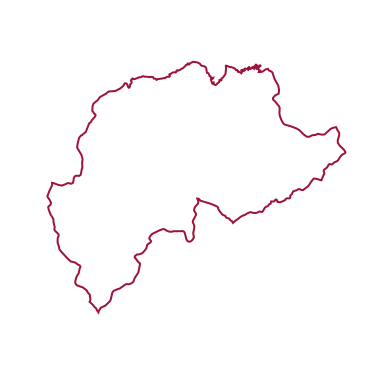 outline of Raman, Yala, Thailand, rotated 14°
{"feature_id": "78962969B66156572835957", "entity_name": "Raman", "entity_type": "district", "adm_level": 2, "iso_a3": "THA", "parent_name": "Thailand", "parent_adm1": "Yala", "projection": "robinson", "projection_center": [101.443, 6.471], "detail": "fine", "context": "isolated", "style": "outline", "palette": "rose", "viewbox_px": 384, "rotation_deg": 14, "n_neighbors": 0, "source": "geoboundaries", "source_scale": "gbopen_adm2", "svg_char_len": 5888}
<svg xmlns="http://www.w3.org/2000/svg" viewBox="0 0 384 384"><g transform="rotate(14 192 192)"><path d="M316.2,94.2L314.4,95.0L312.5,96.2L311.2,97.3L306.8,103.9L305.5,104.6L303.5,105.0L299.9,105.1L298.0,106.8L295.0,107.8L292.6,109.9L291.2,110.4L289.8,110.5L286.5,109.2L281.3,106.0L277.7,105.0L271.3,104.3L265.7,104.1L264.3,103.6L261.6,100.9L259.0,97.2L258.2,95.6L257.7,93.9L256.7,89.2L255.9,88.0L251.0,84.2L248.7,82.9L248.2,82.5L247.9,81.7L247.9,81.0L248.5,79.6L249.5,78.0L252.3,75.7L252.0,73.1L251.6,71.5L249.9,67.8L245.0,62.7L241.2,56.7L239.9,55.9L237.1,55.4L235.8,54.1L233.7,55.3L231.4,58.1L229.4,59.0L227.7,59.4L227.8,58.6L228.5,57.6L226.8,57.1L226.5,56.1L226.7,54.7L228.0,53.1L227.9,52.8L227.3,52.6L226.7,53.1L226.5,54.1L225.5,55.8L224.6,53.7L223.8,53.0L223.2,53.1L223.6,54.2L224.5,55.0L224.3,56.5L223.6,55.9L223.0,54.6L222.6,54.4L222.2,55.1L222.5,56.2L222.4,57.0L221.6,56.1L221.0,55.8L220.7,56.4L220.8,57.1L219.6,57.0L219.2,57.5L219.1,58.4L218.3,58.7L217.9,58.4L217.2,57.0L216.9,57.1L216.3,58.0L216.3,58.5L216.9,59.4L216.9,59.8L215.7,59.4L213.7,59.3L213.1,59.7L213.1,60.3L213.8,61.2L213.0,62.1L212.2,62.2L211.3,61.3L210.5,61.6L210.4,62.0L211.6,62.9L211.1,63.2L211.4,64.1L211.2,64.9L209.3,64.1L207.6,64.3L207.3,64.0L207.3,63.3L206.1,62.7L205.7,63.1L205.0,63.0L204.0,61.9L200.3,61.3L198.2,61.6L195.2,61.1L194.4,61.2L194.3,61.6L195.0,63.4L195.6,66.9L195.9,69.1L195.7,70.2L195.2,71.0L194.6,73.1L193.2,74.7L193.5,75.8L193.5,76.5L192.9,76.9L191.9,76.5L191.6,76.6L191.7,78.9L190.4,80.4L189.6,82.0L189.0,82.5L186.7,82.2L186.8,80.9L186.6,80.6L186.0,81.7L185.3,81.7L183.1,78.3L183.2,77.9L184.5,77.3L185.0,76.3L185.0,75.9L183.7,76.6L182.9,76.7L182.4,76.3L182.1,75.3L181.0,75.2L179.3,72.8L177.8,72.8L177.3,72.0L175.8,68.3L175.2,67.7L173.8,67.1L170.5,67.1L168.7,65.7L167.1,65.2L165.5,65.0L162.4,65.2L161.3,65.5L159.0,67.7L158.3,67.9L158.5,68.9L157.0,69.4L156.6,68.9L156.2,69.7L155.3,70.3L155.1,71.2L153.5,73.7L149.9,77.2L149.2,77.6L148.6,77.3L148.1,77.5L148.0,78.2L147.5,78.6L147.6,79.3L147.2,80.0L146.3,80.0L144.2,80.8L142.9,82.4L141.9,82.9L141.6,83.8L142.5,84.7L142.2,85.6L139.7,86.3L138.2,88.1L137.6,88.0L135.8,89.0L131.4,90.8L130.4,91.8L130.2,91.7L130.0,91.2L129.3,90.9L127.6,91.2L126.5,90.0L124.0,90.2L122.8,90.9L120.7,91.0L118.2,91.6L117.2,91.4L115.6,91.9L115.5,92.4L114.3,93.2L113.4,93.2L109.1,96.3L108.0,96.3L107.5,96.7L107.3,96.3L106.8,96.3L106.6,97.0L106.0,97.5L105.8,98.8L106.8,99.8L106.9,100.6L106.8,101.4L106.3,102.0L105.9,103.2L106.2,104.4L106.1,105.5L105.9,105.9L105.3,106.1L104.8,105.4L104.2,105.2L103.5,103.7L102.7,102.9L102.0,102.6L101.1,102.6L100.4,102.9L99.7,105.5L98.6,107.3L97.2,109.0L93.1,112.6L87.5,114.4L86.3,115.2L84.6,117.6L79.8,122.0L78.4,125.5L75.1,130.0L74.9,131.1L74.8,133.4L75.6,137.1L75.9,137.8L77.1,138.5L78.1,139.6L79.4,140.1L79.8,140.6L79.9,141.3L79.2,143.3L77.4,146.6L76.9,148.9L76.1,149.6L75.6,150.5L74.4,159.5L72.2,162.3L71.7,163.4L70.6,164.1L69.5,166.3L69.3,167.2L69.4,173.9L69.8,176.7L75.8,182.8L77.3,185.5L78.1,187.3L78.1,189.3L79.8,195.4L79.5,196.6L79.8,201.0L79.7,202.5L78.6,203.7L75.6,204.2L74.3,205.5L74.0,207.1L74.3,210.4L74.1,212.2L72.8,213.2L69.6,213.3L64.5,217.1L62.5,217.4L60.2,217.4L55.6,216.9L54.0,217.0L54.5,218.5L54.4,220.7L53.4,225.3L52.7,230.9L52.9,231.6L55.9,234.2L57.9,236.9L57.8,238.5L56.4,240.6L56.1,241.4L56.4,242.1L57.3,243.9L60.1,247.9L64.0,251.7L65.1,255.2L67.3,259.3L67.5,261.7L68.1,262.5L72.4,265.1L73.1,266.1L73.1,267.3L72.9,268.6L73.0,270.1L73.8,273.5L76.3,277.6L77.1,279.4L78.1,280.5L86.6,286.2L91.1,288.7L95.5,288.7L99.1,290.1L100.7,290.3L101.9,291.6L101.5,293.8L101.7,297.1L101.6,298.9L100.9,300.4L100.5,302.1L100.3,306.1L100.6,308.2L101.7,309.7L103.1,310.4L109.2,311.0L113.7,313.0L114.7,314.3L117.8,316.5L118.2,318.2L119.1,319.8L119.5,321.5L119.2,323.4L122.7,325.2L125.6,327.4L127.2,328.1L128.2,329.6L130.3,331.4L130.2,330.4L131.5,326.4L135.4,323.2L138.5,318.3L139.0,317.0L139.2,315.5L139.0,309.4L139.3,307.9L140.1,306.7L143.0,304.5L145.2,303.2L149.9,297.7L150.8,297.2L152.8,296.9L154.4,296.0L156.6,293.7L156.9,293.1L157.1,289.8L159.2,283.7L159.4,282.7L159.0,274.4L158.7,273.8L157.2,273.2L152.2,269.3L152.0,268.5L152.2,267.8L153.6,266.1L155.9,265.2L158.3,263.6L159.4,262.0L161.3,257.9L161.3,254.2L162.2,252.8L163.8,251.2L164.2,250.2L164.0,249.4L162.1,247.8L161.7,247.2L161.9,245.7L162.5,244.1L163.5,242.3L169.7,237.1L173.1,234.8L174.7,234.9L176.2,235.5L178.3,235.9L180.3,235.9L182.2,235.3L184.0,234.4L192.6,232.2L193.9,232.5L195.0,233.6L197.8,239.0L199.4,240.6L200.9,241.0L202.3,240.5L203.0,239.9L204.2,238.0L204.8,235.2L203.8,233.4L203.1,231.5L202.8,225.4L201.6,223.0L200.2,221.4L199.9,220.5L199.9,219.6L201.4,213.3L200.9,211.8L198.7,209.8L198.4,209.1L198.3,207.3L198.6,205.6L200.4,202.2L200.7,200.9L200.2,199.2L198.7,197.1L199.6,196.9L200.2,197.0L202.3,198.4L211.5,198.8L215.9,199.3L220.2,200.1L220.9,200.7L221.5,201.9L222.7,203.3L226.7,206.4L227.3,206.7L230.0,207.1L231.3,208.5L234.8,208.9L235.8,210.0L238.0,210.8L239.2,212.1L240.9,209.5L242.8,207.4L245.3,204.2L246.9,202.7L248.7,201.6L250.7,199.5L253.6,197.3L255.9,197.5L258.5,197.1L259.9,196.5L262.2,194.6L264.8,194.4L265.5,193.3L266.4,189.9L267.1,188.8L269.2,187.0L269.7,185.4L271.1,184.4L271.1,182.0L274.0,181.3L275.0,179.0L275.5,179.0L276.7,179.5L277.1,180.7L277.4,180.9L279.8,180.7L282.1,179.2L283.1,178.2L283.9,177.8L284.6,176.8L284.6,176.1L285.9,175.0L288.2,174.6L288.7,173.6L288.3,172.3L288.4,171.5L289.4,169.8L289.9,167.2L290.8,166.3L293.0,165.1L294.6,163.4L296.1,163.2L297.6,163.6L299.2,163.3L303.0,158.7L303.8,157.1L305.5,152.3L306.8,149.6L309.3,149.1L314.7,149.4L315.5,144.1L316.0,142.4L315.5,141.1L314.8,140.2L314.6,139.1L314.9,138.3L317.2,135.4L317.7,133.2L318.6,131.6L321.1,131.5L322.9,128.8L325.2,127.1L326.1,125.8L327.6,121.1L328.6,119.5L330.9,117.5L331.3,116.8L331.2,116.3L329.9,114.8L328.2,113.6L324.0,111.2L321.7,109.1L321.1,107.5L320.9,106.4L321.1,101.4L320.5,98.9L317.7,96.3L316.2,94.2Z" fill="none" stroke="#9f1239" stroke-width="2"/></g></svg>